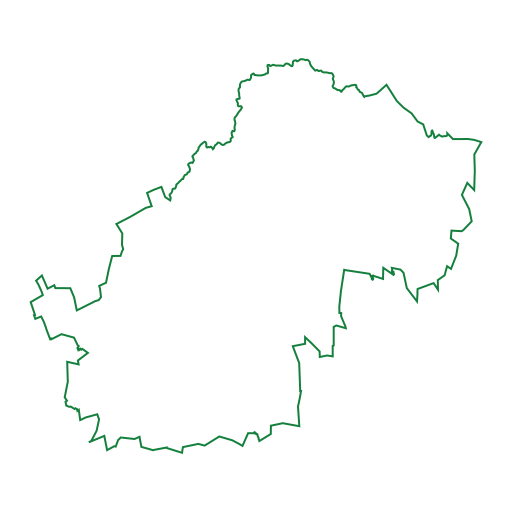 the district of Sekhukhune, Limpopo, South Africa
{"feature_id": "47623444B21298621424908", "entity_name": "Sekhukhune", "entity_type": "district", "adm_level": 2, "iso_a3": "ZAF", "parent_name": "South Africa", "parent_adm1": "Limpopo", "projection": "equal_earth", "projection_center": [29.807, -24.813], "detail": "fine", "context": "isolated", "style": "outline", "palette": "green", "viewbox_px": 512, "rotation_deg": 0, "n_neighbors": 0, "source": "geoboundaries", "source_scale": "gbopen_adm2", "svg_char_len": 5907}
<svg xmlns="http://www.w3.org/2000/svg" viewBox="0 0 512 512"><path d="M153.3,190.0L147.1,192.9L151.7,206.2L145.9,207.8L130.1,216.9L116.4,224.0L122.3,233.4L122.0,245.0L123.2,249.1L121.9,251.7L120.5,255.9L112.2,256.0L108.9,268.8L106.0,282.8L99.2,285.9L100.0,288.7L101.0,297.1L98.7,300.1L95.1,301.2L76.8,310.4L74.1,297.3L70.3,288.2L55.3,288.1L54.3,285.2L47.6,288.7L41.9,275.5L36.1,280.7L38.5,284.7L41.6,291.6L42.8,295.1L30.7,302.1L35.0,315.0L34.0,315.2L35.3,318.8L41.2,316.5L43.9,322.0L46.0,327.8L46.5,329.6L50.1,339.1L51.0,338.6L51.2,339.3L61.5,334.2L74.0,337.6L77.6,345.1L78.7,346.1L77.4,348.0L78.2,349.9L78.9,348.8L79.7,349.8L80.5,348.8L81.4,349.6L82.4,348.9L87.9,352.9L77.9,360.5L78.6,364.4L67.2,361.8L67.8,381.7L64.7,397.4L67.0,400.7L65.5,401.8L66.3,405.6L69.2,406.8L70.7,406.6L74.6,409.0L75.4,408.3L77.0,409.1L77.4,410.9L78.8,409.8L80.2,420.1L85.6,417.5L97.3,414.3L98.2,417.2L99.1,419.2L96.6,430.8L91.3,440.9L88.8,442.3L104.3,435.9L107.1,450.1L114.3,446.2L115.7,446.6L118.1,440.1L120.8,437.5L134.5,439.0L139.5,436.8L141.4,446.9L153.2,450.2L153.4,450.0L166.2,447.6L166.1,447.8L182.0,452.8L182.9,447.1L198.4,443.9L204.6,445.6L219.3,436.5L232.3,440.3L239.1,443.9L242.5,445.9L248.1,433.2L253.8,433.2L254.5,432.8L254.4,432.3L254.6,432.2L254.8,432.7L255.1,432.9L255.2,433.3L255.6,433.1L255.9,433.2L256.3,434.2L257.0,434.1L257.4,434.3L257.6,435.8L258.2,437.3L258.7,438.0L258.7,439.6L259.3,440.4L259.4,441.0L270.8,434.0L270.9,425.7L282.8,423.2L299.3,426.2L298.0,406.6L300.0,397.0L301.0,391.0L300.2,391.0L299.2,363.1L292.8,346.2L305.1,343.8L305.1,337.2L311.5,343.2L319.6,351.4L319.8,357.0L327.1,355.5L332.7,356.4L332.7,345.9L333.7,345.5L333.7,326.9L336.3,325.5L345.8,328.2L345.4,326.4L341.1,316.2L341.2,313.1L339.4,313.0L339.3,306.7L340.9,291.3L344.2,269.8L345.8,270.2L369.6,273.8L371.9,278.2L371.8,279.1L372.2,279.4L372.4,278.6L373.1,279.0L373.2,278.5L373.2,278.3L372.7,277.9L372.6,277.0L372.3,276.2L372.4,275.7L372.9,275.5L374.2,276.1L383.0,278.9L383.3,267.8L393.5,274.9L393.9,274.3L394.0,274.0L393.6,272.9L393.4,271.6L392.9,271.5L392.4,272.0L391.9,271.4L392.2,268.7L391.9,267.9L400.4,269.6L403.5,272.7L406.8,288.1L417.0,301.4L417.5,293.3L417.5,292.2L417.4,292.1L417.6,289.0L433.6,283.1L438.0,289.7L437.8,280.1L444.6,275.3L447.1,266.2L451.0,268.9L456.2,255.7L458.2,243.7L450.8,238.5L451.5,230.6L461.6,231.2L463.3,230.1L471.7,221.3L469.2,209.1L461.9,194.9L467.3,182.9L474.2,190.1L474.8,170.5L474.3,154.5L481.3,142.1L473.9,139.8L467.9,139.0L453.0,139.1L447.3,133.3L447.4,134.8L447.0,135.6L446.2,136.1L444.0,136.1L442.3,136.6L440.2,135.7L439.0,134.7L436.0,137.2L435.2,137.8L434.6,137.9L434.3,137.3L433.9,134.6L432.6,131.6L432.5,130.9L432.2,130.5L431.8,130.8L431.6,131.3L431.4,134.3L431.1,135.3L430.4,136.0L429.6,136.2L428.6,137.1L426.8,135.4L423.2,124.4L417.6,121.5L411.6,113.4L403.5,107.6L396.9,101.1L386.5,84.8L376.6,93.7L368.4,95.8L368.0,95.7L366.1,96.2L365.1,96.1L364.7,96.3L364.3,96.9L364.0,96.7L362.9,94.8L362.3,93.3L361.7,92.7L359.8,91.9L359.0,90.1L357.9,89.6L356.9,87.8L356.2,87.2L356.2,86.8L356.4,85.9L356.1,85.3L355.7,84.9L354.3,84.9L353.3,85.2L351.8,85.2L348.8,86.5L346.4,86.3L345.1,87.4L343.3,89.5L342.2,90.2L341.9,90.8L341.7,91.5L341.3,91.7L340.9,91.6L340.0,90.5L339.6,90.2L338.8,90.0L337.5,90.1L336.6,89.3L335.5,88.8L334.9,88.3L333.8,88.1L333.3,87.6L332.7,86.6L332.7,86.1L333.6,84.0L333.9,82.9L333.8,81.4L332.8,78.8L333.6,76.5L333.5,75.9L332.4,73.8L332.0,73.4L331.3,73.1L329.9,73.2L327.0,72.5L323.2,72.3L322.2,71.8L321.2,70.6L320.1,70.7L318.7,71.1L317.0,69.9L315.4,70.6L315.1,70.5L311.3,66.3L309.9,63.6L309.8,62.3L309.5,61.6L308.0,60.1L307.0,59.8L305.5,60.1L303.8,59.4L300.5,59.2L298.9,60.5L297.2,61.3L296.9,61.2L295.9,60.3L293.8,60.8L293.0,61.8L292.6,65.6L292.3,66.0L291.8,66.1L290.5,65.6L288.6,64.0L286.7,63.5L285.4,63.9L284.1,65.5L283.1,66.0L281.4,65.6L275.3,65.5L273.9,64.9L273.2,64.8L270.4,66.0L269.8,65.8L269.5,65.2L269.3,65.0L268.4,64.9L267.9,65.0L267.6,65.2L267.4,66.0L268.1,68.5L268.0,72.7L267.7,73.3L267.3,73.4L266.4,73.4L264.8,74.5L261.3,75.4L257.6,75.4L255.3,75.0L254.7,75.1L254.3,74.8L253.7,73.6L253.4,73.5L252.4,74.0L251.1,75.1L251.0,77.7L250.3,79.1L249.7,80.0L247.4,79.7L244.8,81.0L242.0,81.5L241.5,81.9L240.8,82.7L240.1,84.1L239.9,85.5L240.0,87.1L240.0,87.4L238.8,88.6L238.5,90.6L238.6,91.3L239.2,93.5L239.1,94.9L239.7,98.2L239.6,98.5L239.0,98.9L237.9,98.9L236.6,99.3L236.4,100.0L237.9,103.2L237.8,104.9L238.0,105.8L238.6,106.3L241.0,106.2L241.5,106.6L241.9,107.5L241.8,107.9L240.4,110.1L238.6,112.2L236.1,116.2L235.0,117.3L234.6,118.0L234.5,120.0L235.0,121.1L235.4,123.5L234.7,126.1L234.5,127.7L234.5,128.5L234.8,129.2L234.7,130.1L234.4,131.0L234.1,131.3L232.5,130.9L231.7,132.6L231.6,133.1L232.0,135.5L232.3,136.2L232.6,136.5L232.7,137.0L232.2,137.5L231.6,137.8L230.7,138.6L230.6,139.5L230.8,140.8L230.4,141.4L230.1,141.8L229.4,142.1L228.0,142.2L227.4,142.6L226.9,142.6L225.3,143.5L224.4,144.5L223.0,145.0L222.3,144.9L222.0,144.6L221.3,144.3L220.1,143.2L219.6,142.9L218.6,142.6L217.7,142.7L216.7,144.1L215.0,145.4L214.4,146.6L213.8,148.3L212.9,149.2L211.8,147.4L210.9,146.7L209.7,147.3L208.5,147.0L207.2,147.5L206.7,147.3L206.3,146.6L206.3,143.9L205.9,142.6L205.4,142.0L204.6,141.8L203.4,142.5L202.3,143.5L200.8,144.6L198.6,147.6L198.5,148.9L197.7,150.8L196.9,151.3L195.9,153.1L194.5,153.9L192.4,156.3L192.5,156.8L193.1,157.8L193.8,160.2L193.8,160.8L193.3,161.4L192.9,162.5L192.3,162.9L191.6,162.5L191.1,162.5L190.6,162.9L190.0,162.9L189.4,163.2L188.3,164.1L188.1,164.9L189.2,166.6L190.0,169.2L189.7,170.9L189.4,171.8L188.8,172.1L187.9,172.4L187.5,172.8L187.4,173.3L186.7,174.4L185.1,174.9L184.5,175.5L184.1,176.4L183.5,177.2L183.4,178.3L183.0,179.0L182.3,179.0L181.6,179.5L180.2,181.0L179.4,181.6L178.5,182.7L176.4,184.5L176.0,186.7L175.2,188.4L174.7,188.7L173.9,188.6L172.7,189.0L172.4,189.5L172.4,190.6L171.6,192.6L170.9,193.5L169.8,194.3L169.6,195.1L170.7,197.8L170.6,198.5L170.2,200.4L165.2,197.1L161.4,186.9L153.3,190.0Z" fill="none" stroke="#15803d" stroke-width="2"/></svg>